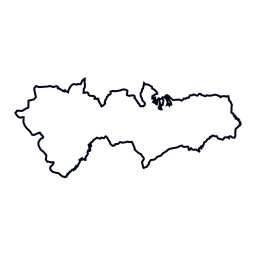 the district of Dong Luang, Mukdahan, Thailand
{"feature_id": "78962969B66357052438621", "entity_name": "Dong Luang", "entity_type": "district", "adm_level": 2, "iso_a3": "THA", "parent_name": "Thailand", "parent_adm1": "Mukdahan", "projection": "mercator", "projection_center": [104.389, 16.783], "detail": "fine", "context": "isolated", "style": "outline", "palette": "ink", "viewbox_px": 256, "rotation_deg": 0, "n_neighbors": 0, "source": "geoboundaries", "source_scale": "gbopen_adm2", "svg_char_len": 5762}
<svg xmlns="http://www.w3.org/2000/svg" viewBox="0 0 256 256"><path d="M228.4,96.2L227.0,96.3L226.2,96.7L225.5,96.3L224.1,96.1L222.3,96.3L220.5,97.2L219.9,96.7L219.8,96.1L218.0,95.7L217.0,95.0L214.7,94.7L211.7,95.5L209.1,95.7L206.6,95.3L205.7,96.1L204.9,96.2L203.4,95.4L201.7,95.2L200.5,93.9L199.3,93.8L197.5,95.6L196.4,95.5L193.9,94.4L191.8,95.4L190.8,95.2L189.8,95.5L188.7,97.8L186.8,97.8L185.5,98.8L183.9,98.5L182.4,100.2L181.5,100.6L179.8,99.8L178.7,99.6L173.1,100.0L170.6,98.1L169.1,96.4L167.0,95.1L165.9,95.5L165.2,96.5L167.1,97.2L167.9,97.9L170.9,102.6L171.3,104.6L170.7,104.7L170.3,104.1L169.8,104.8L168.8,103.8L168.9,105.1L168.3,104.4L167.0,104.9L167.6,103.0L167.6,101.7L167.0,100.0L165.9,98.4L164.3,97.3L162.5,97.3L162.1,97.7L161.9,98.7L163.4,100.0L163.4,101.5L162.8,102.8L162.8,104.8L162.1,105.1L161.4,104.9L161.6,105.5L160.9,106.3L161.0,108.1L161.6,109.3L160.5,109.4L158.9,108.6L158.6,107.8L160.2,104.4L159.2,100.2L159.8,99.7L160.1,99.0L159.3,98.9L158.9,98.3L158.5,98.4L158.0,99.2L156.8,100.3L157.2,101.1L157.0,101.6L157.4,104.1L156.8,104.5L156.3,104.3L155.6,103.3L155.8,102.5L155.3,101.8L154.2,102.6L153.7,102.4L154.3,101.6L153.4,101.5L154.4,100.3L155.2,100.0L155.3,99.6L155.0,99.3L155.2,97.5L154.4,97.5L153.2,98.8L152.3,98.7L152.3,96.3L155.4,94.3L157.3,93.8L157.1,92.5L154.7,89.9L152.2,88.5L151.9,86.8L148.3,84.7L146.5,84.3L145.1,84.5L144.6,83.5L144.1,83.0L143.0,88.7L142.0,89.4L141.9,91.3L140.6,93.2L140.7,96.1L141.8,98.2L142.3,100.2L144.2,102.3L144.9,103.5L144.8,104.8L143.4,106.3L142.8,106.1L140.5,106.3L139.9,105.8L139.3,104.1L138.3,103.4L137.5,102.1L137.4,101.5L135.7,99.4L135.3,98.4L134.5,98.0L134.8,97.5L134.6,96.2L134.3,95.7L132.4,95.3L129.1,95.9L126.9,95.0L126.9,93.8L127.3,92.7L127.3,90.6L125.7,89.7L124.0,89.4L122.4,89.6L120.2,90.5L115.0,91.3L113.0,90.9L110.5,91.6L110.6,93.9L109.7,94.7L108.4,94.9L107.9,96.1L106.9,97.0L106.3,99.0L105.4,99.9L105.5,100.4L104.9,101.5L105.1,101.8L104.7,102.4L105.1,103.6L103.3,105.4L101.6,106.4L101.0,105.5L100.9,104.6L100.3,104.0L100.0,103.2L99.1,102.0L99.0,101.1L98.5,100.6L98.4,98.8L97.4,98.7L97.0,99.1L96.3,98.6L95.2,98.6L94.6,98.9L94.5,98.7L94.9,98.4L95.0,97.4L94.6,96.5L93.5,96.0L92.6,96.2L92.2,95.9L89.7,95.7L88.8,95.0L88.3,94.1L88.3,93.2L87.4,92.4L85.8,92.5L84.3,93.0L83.4,92.7L83.8,91.7L83.7,89.2L85.0,86.8L84.8,85.8L85.0,84.3L84.5,82.7L84.8,78.8L83.5,79.4L82.2,80.8L80.7,84.2L77.8,84.0L76.8,84.7L74.5,84.1L72.8,84.4L71.8,85.0L70.2,87.0L68.4,90.4L68.1,92.3L67.6,92.1L67.4,91.7L67.0,91.7L65.7,91.1L64.7,91.3L64.7,90.9L64.4,91.2L64.1,90.6L63.5,91.0L62.8,91.0L62.3,90.3L60.5,89.5L60.0,88.9L59.7,89.0L59.3,88.5L58.2,88.6L57.8,88.2L57.9,87.0L56.5,86.2L53.1,87.0L50.0,86.0L47.9,86.5L39.3,87.1L37.8,86.8L36.6,86.1L36.1,86.1L34.6,87.7L34.2,89.4L35.9,97.0L34.5,98.8L33.6,99.5L28.5,100.7L28.4,107.5L26.6,108.2L22.2,110.9L17.1,110.7L15.4,112.9L16.7,115.2L18.6,117.1L20.7,117.7L22.7,117.1L23.7,117.2L23.4,122.0L24.6,125.3L26.4,127.9L30.1,131.5L32.1,134.7L34.0,135.0L38.9,132.8L39.9,132.6L40.3,132.9L40.6,134.3L41.6,134.7L43.2,136.9L43.2,137.4L42.8,137.9L40.6,138.9L38.6,141.9L38.4,143.3L38.6,145.7L40.6,149.5L44.1,152.4L45.0,153.8L46.2,154.9L46.3,156.2L45.8,159.5L47.4,161.8L48.4,161.6L51.0,162.4L53.1,162.1L53.6,162.4L53.6,162.9L53.0,164.3L50.3,167.2L50.2,168.5L50.4,169.5L52.2,171.5L53.7,172.2L58.7,173.3L61.2,175.6L62.8,176.6L64.1,176.7L65.0,177.2L66.1,176.6L66.5,176.6L66.5,175.9L66.8,175.7L67.0,174.9L67.6,174.6L67.6,174.2L67.9,174.3L68.0,173.9L68.5,173.8L68.7,172.8L69.2,172.6L69.2,172.3L70.0,171.9L70.2,171.5L70.9,171.4L71.5,170.3L72.0,169.9L73.2,170.2L73.2,169.8L73.6,169.8L73.7,169.1L74.0,169.2L74.9,168.5L75.4,168.9L75.7,168.6L75.8,167.9L75.3,167.3L75.5,167.0L76.0,166.2L76.3,166.8L77.1,166.8L78.2,165.3L78.2,164.5L79.7,162.3L79.9,161.3L79.5,160.1L80.5,159.9L80.4,159.2L81.9,158.3L82.1,159.7L84.0,159.0L84.8,159.9L85.5,159.9L85.6,156.9L86.7,155.9L88.0,153.6L87.5,152.1L88.1,150.4L88.8,150.1L89.0,150.8L89.4,151.0L90.2,150.5L90.2,148.7L89.4,148.3L89.1,147.1L90.7,146.6L91.2,146.1L90.8,145.4L89.1,145.5L88.7,145.2L88.7,144.6L89.4,144.2L90.7,144.0L90.7,142.6L92.6,141.6L93.2,140.3L97.0,137.7L100.1,138.7L101.3,137.6L103.9,138.2L105.5,136.4L106.4,136.6L110.0,142.5L110.4,143.9L112.5,145.8L114.7,145.4L115.0,144.4L115.7,144.0L118.0,143.9L120.1,142.1L122.5,142.7L126.2,142.1L127.5,141.6L129.4,142.1L131.9,141.9L134.7,148.1L134.6,149.5L138.5,153.0L140.7,154.0L143.8,158.2L143.8,159.2L142.0,162.1L143.3,167.6L143.7,168.0L147.3,166.4L147.7,165.0L148.5,164.7L149.0,163.5L148.9,162.7L150.7,160.1L154.2,159.6L156.3,158.0L157.1,156.9L161.1,155.5L162.8,153.4L166.6,151.1L168.6,149.3L169.9,148.8L177.4,147.4L179.7,146.1L181.8,145.6L181.9,146.0L183.2,146.7L184.9,146.9L188.0,146.6L188.3,147.1L188.8,149.8L189.6,149.8L190.9,148.2L192.1,149.4L193.2,149.8L196.1,149.5L197.1,150.4L198.1,150.6L199.1,151.5L199.4,151.1L198.6,150.2L199.2,148.2L199.7,148.0L201.4,148.5L201.5,148.0L201.0,146.6L201.4,146.2L202.8,146.4L202.9,145.4L203.6,144.7L204.1,142.4L205.7,141.7L207.5,139.3L209.6,138.4L209.8,137.1L211.3,136.8L211.4,136.3L212.0,136.3L212.4,135.6L213.4,135.6L215.0,136.3L216.8,136.2L218.0,138.4L222.5,139.7L223.3,139.4L224.3,137.7L224.9,137.3L227.5,137.3L228.9,138.0L228.8,136.9L230.0,136.2L230.9,136.4L232.2,137.5L234.6,137.7L235.4,135.5L235.2,133.6L235.5,131.2L235.3,130.8L235.8,128.7L238.1,126.9L239.0,125.9L240.1,125.3L240.6,124.2L240.6,123.4L240.3,123.0L240.0,123.1L240.2,122.4L239.6,121.9L239.7,121.5L239.1,121.3L238.9,120.6L238.1,120.2L238.1,119.7L238.6,119.3L237.3,118.6L236.5,118.9L235.9,118.7L236.1,118.2L235.8,118.2L236.0,117.5L235.7,117.5L235.4,116.7L235.1,117.1L234.8,116.8L235.0,116.8L235.1,115.9L234.7,116.0L234.0,115.4L233.6,114.8L233.7,114.4L233.4,113.6L231.8,113.0L231.3,112.4L231.6,109.2L231.4,107.8L231.9,105.0L230.4,101.5L229.2,100.6L228.4,96.2Z" fill="none" stroke="#020617" stroke-width="2"/></svg>